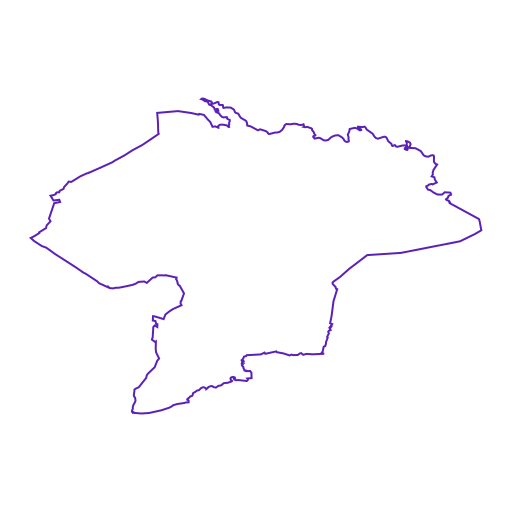 the district of Kombuļu pag., Kraslavas, Latvia
{"feature_id": "27541924B40746189517992", "entity_name": "Kombuļu pag.", "entity_type": "district", "adm_level": 2, "iso_a3": "LVA", "parent_name": "Latvia", "parent_adm1": "Kraslavas", "projection": "natural_earth1", "projection_center": [27.23, 55.975], "detail": "fine", "context": "isolated", "style": "outline", "palette": "violet", "viewbox_px": 512, "rotation_deg": 0, "n_neighbors": 0, "source": "geoboundaries", "source_scale": "gbopen_adm2", "svg_char_len": 6084}
<svg xmlns="http://www.w3.org/2000/svg" viewBox="0 0 512 512"><path d="M337.2,289.2L336.1,288.8L335.8,288.2L335.6,287.0L332.8,284.1L332.5,282.6L333.6,281.5L340.0,277.0L349.0,269.0L367.2,255.1L400.9,252.9L460.0,241.3L474.8,234.1L481.3,230.3L479.7,221.6L479.0,219.1L449.6,203.1L449.1,201.6L449.5,201.6L449.0,200.8L446.7,200.1L446.0,199.3L448.1,197.5L448.2,196.5L448.5,195.9L451.1,194.7L450.6,193.0L450.2,192.6L444.7,192.3L442.3,194.4L441.5,194.6L437.4,194.5L433.2,192.3L430.4,190.2L428.1,189.7L426.2,187.0L426.3,186.2L428.0,185.5L429.1,184.5L431.9,183.9L432.6,184.4L436.8,182.5L434.9,179.7L434.4,177.3L431.7,176.4L432.8,174.7L432.7,172.6L433.5,169.9L437.1,164.5L435.3,163.7L433.9,161.7L434.0,157.1L433.9,156.0L433.6,155.5L432.5,155.2L430.8,155.5L428.6,156.6L426.6,156.6L424.6,155.9L423.6,155.2L420.8,151.1L416.0,148.5L415.2,148.2L409.3,147.9L409.2,147.2L410.0,146.0L410.6,144.1L410.0,142.7L408.7,141.9L406.8,141.2L406.0,141.1L406.0,141.4L406.6,142.2L406.8,142.8L406.7,144.9L407.3,146.3L407.0,147.3L407.7,147.9L406.6,148.7L407.5,149.7L407.2,150.0L405.7,149.6L404.7,149.0L404.8,148.2L406.4,147.4L406.6,147.0L405.9,146.0L404.9,145.4L402.5,145.5L397.3,146.8L395.9,146.4L395.2,145.3L394.7,145.1L392.5,146.0L392.0,145.6L391.4,143.8L388.2,141.2L386.8,138.2L386.0,137.2L384.8,136.7L383.7,136.8L377.9,138.7L376.0,138.1L374.6,136.8L372.6,133.7L366.8,129.6L365.2,127.1L364.5,126.7L362.2,127.1L358.0,126.7L357.9,127.2L358.3,127.7L361.1,129.5L361.2,130.0L360.5,130.3L359.4,130.2L357.5,128.7L354.9,127.8L349.7,129.0L349.2,131.7L347.8,134.5L348.6,137.3L348.5,139.5L348.9,140.9L348.6,141.5L347.5,141.9L346.5,141.9L345.3,141.4L344.5,140.7L343.4,138.8L341.9,137.3L338.3,135.2L335.1,135.5L332.5,136.5L330.6,137.7L328.3,139.9L325.9,140.5L323.8,140.3L319.8,137.9L318.3,137.8L314.6,138.6L313.2,136.9L313.4,136.2L315.1,135.6L315.4,135.2L314.7,134.6L313.6,131.9L312.2,130.3L312.0,128.9L311.5,128.4L307.3,126.9L305.5,127.2L304.3,127.1L304.2,126.7L303.7,126.7L304.1,126.3L304.1,126.0L303.5,124.3L302.0,124.9L300.5,125.0L298.3,124.7L297.0,124.0L294.2,123.7L290.5,124.3L286.5,124.0L285.8,124.3L284.7,125.3L284.2,126.0L284.2,126.8L282.1,129.9L279.6,131.9L276.6,132.6L275.2,132.5L269.1,134.1L267.9,133.2L267.7,132.5L265.9,131.1L260.1,129.3L257.9,130.3L250.7,126.4L247.2,125.5L247.0,123.1L246.4,121.4L245.5,120.5L241.1,118.0L240.1,116.9L238.3,113.7L235.7,112.8L234.9,112.0L234.3,110.3L233.7,109.4L230.7,107.6L226.6,107.4L223.5,107.9L223.1,107.2L222.9,105.2L221.9,104.9L220.2,105.1L219.0,104.6L218.8,104.3L218.5,102.2L217.4,102.0L213.6,103.6L211.7,103.8L211.3,103.4L211.8,102.3L211.3,101.5L207.3,100.3L204.5,98.9L202.9,98.5L202.0,98.6L201.3,99.1L202.3,99.4L205.0,101.2L206.7,101.4L207.8,101.9L209.1,104.6L211.3,105.4L214.0,107.5L214.7,109.6L216.9,108.9L217.8,109.1L218.4,110.9L217.6,111.4L216.3,111.0L215.7,111.6L216.1,112.1L219.0,113.3L220.2,115.1L222.0,116.9L223.3,117.4L226.7,117.1L227.1,117.4L227.1,118.4L227.4,118.9L229.8,120.0L229.8,121.0L229.0,123.1L229.3,124.5L228.7,125.5L229.1,126.9L228.6,127.0L226.9,125.4L222.5,124.6L219.8,124.8L219.1,125.3L218.0,126.3L218.0,126.9L218.4,127.2L218.4,127.7L215.2,126.4L212.5,126.8L210.3,122.0L208.0,119.7L203.9,114.9L199.2,113.9L198.7,114.7L191.1,113.0L178.0,111.1L157.2,112.9L158.0,123.0L158.2,132.1L158.7,133.9L142.3,145.0L132.7,150.1L124.3,155.5L115.0,160.5L112.1,162.4L89.1,172.7L88.8,172.6L88.2,173.1L86.7,173.4L80.4,176.3L71.3,181.9L68.7,181.6L67.2,183.7L64.1,187.0L63.5,188.9L59.7,190.8L59.2,192.3L57.1,192.3L56.1,192.9L55.7,194.2L53.2,195.2L50.5,195.7L53.5,200.5L59.3,199.8L60.1,202.0L54.2,203.2L49.0,218.6L50.5,221.3L46.7,225.3L46.0,228.1L39.2,232.3L39.3,233.0L34.8,235.9L30.7,238.0L34.1,241.0L41.7,246.0L46.3,247.7L55.2,254.1L76.2,267.6L84.1,273.1L85.2,273.4L97.3,281.4L99.0,283.2L108.5,287.5L108.5,287.0L109.8,288.1L113.0,288.4L115.4,287.8L119.0,287.7L127.5,286.0L133.1,284.7L135.7,283.7L138.5,281.9L144.3,281.5L146.8,282.9L152.6,277.6L155.3,277.3L157.5,275.3L165.6,275.4L165.7,275.2L176.6,277.6L176.1,279.2L176.7,280.0L177.6,282.6L177.6,283.6L178.7,285.2L179.7,285.7L184.0,293.4L181.2,301.2L180.7,301.4L180.6,303.5L181.5,305.2L173.1,309.0L169.5,311.3L165.4,314.5L163.6,319.1L154.8,316.4L153.0,316.2L152.8,320.5L155.4,321.0L156.2,324.0L157.4,324.2L157.3,327.0L154.7,325.5L153.3,327.0L152.7,337.2L151.9,339.6L155.0,341.9L155.9,341.4L155.7,348.9L156.1,352.4L159.1,358.5L157.2,360.8L154.7,367.2L147.8,373.8L146.7,375.5L146.2,377.9L138.8,387.2L135.4,388.8L134.4,389.7L134.4,391.2L133.8,395.0L134.0,396.2L135.1,397.8L135.5,400.3L135.2,401.8L133.3,405.2L132.8,407.0L132.8,408.8L132.2,410.1L131.9,411.7L133.3,412.1L133.1,412.8L141.5,413.5L149.1,413.0L161.3,410.3L169.5,407.6L171.9,406.3L173.2,405.2L177.4,404.0L184.3,403.0L185.6,402.5L188.6,402.3L188.6,400.5L187.2,399.7L187.2,399.4L187.6,398.8L189.4,397.5L190.1,396.5L192.1,395.9L192.7,394.9L193.0,393.3L193.4,392.9L195.0,392.1L196.9,390.6L198.9,390.2L201.1,388.1L202.8,387.3L204.0,387.3L206.0,388.3L206.2,389.2L207.5,388.2L208.4,387.0L210.9,386.1L212.5,386.2L213.3,387.0L215.9,387.6L218.3,385.9L221.3,385.3L223.5,383.3L224.9,383.0L227.7,382.8L231.7,381.4L232.1,380.9L230.7,379.8L230.5,378.3L230.8,377.7L231.8,377.2L233.1,376.9L234.7,377.4L235.0,378.0L234.0,378.3L233.8,378.5L233.8,378.8L234.8,379.7L235.8,380.2L239.0,380.1L246.8,381.0L247.7,380.1L248.0,379.4L247.3,378.5L251.6,378.1L251.4,372.7L250.1,371.0L246.8,371.1L246.9,370.9L246.6,370.7L245.0,370.7L244.4,370.4L244.5,369.8L243.5,368.3L243.4,367.0L242.7,366.4L242.5,365.6L242.0,365.4L242.2,364.5L242.7,364.1L242.0,364.1L241.7,363.8L242.2,362.8L242.1,361.7L243.7,361.8L243.8,361.5L243.3,360.7L241.9,360.0L242.4,359.6L243.6,357.8L243.9,356.7L246.0,356.1L246.7,355.2L260.9,354.4L264.5,352.6L265.3,353.8L276.3,351.4L276.9,352.2L283.4,353.4L289.5,355.4L291.6,354.6L293.0,355.1L297.7,355.0L299.8,353.5L301.1,353.1L303.2,354.8L306.5,353.9L312.7,354.3L324.1,353.8L321.6,352.9L322.6,351.7L323.7,346.7L325.3,346.0L325.5,345.1L326.0,343.7L326.0,342.2L327.7,337.5L327.1,336.9L328.9,333.4L328.2,331.8L328.8,330.8L330.6,330.1L329.8,328.8L331.1,326.9L330.0,327.0L332.2,324.1L330.1,323.2L331.6,315.8L333.5,301.2L337.2,289.2Z" fill="none" stroke="#5b21b6" stroke-width="2"/></svg>